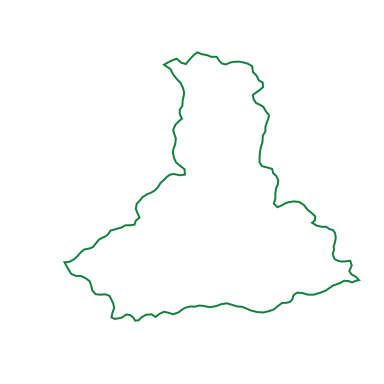 Mendes Pimentel, Minas Gerais, Brazil (Mercator projection), rotated 346°
{"feature_id": "56859067B15829263431037", "entity_name": "Mendes Pimentel", "entity_type": "district", "adm_level": 2, "iso_a3": "BRA", "parent_name": "Brazil", "parent_adm1": "Minas Gerais", "projection": "mercator", "projection_center": [-41.353, -18.606], "detail": "fine", "context": "isolated", "style": "outline", "palette": "green", "viewbox_px": 384, "rotation_deg": 346, "n_neighbors": 0, "source": "geoboundaries", "source_scale": "gbopen_adm2", "svg_char_len": 2812}
<svg xmlns="http://www.w3.org/2000/svg" viewBox="0 0 384 384"><g transform="rotate(346 192 192)"><path d="M332.7,317.9L330.6,314.1L326.8,310.5L325.5,306.7L329.2,302.0L328.9,297.0L323.8,296.4L320.3,295.6L317.2,294.3L314.1,291.4L313.4,286.4L315.8,282.5L316.3,279.0L318.8,274.9L320.5,270.8L320.9,266.5L319.7,263.2L316.5,261.3L313.7,258.2L309.4,257.1L304.9,254.8L301.1,250.9L304.3,249.3L305.7,245.6L303.2,241.6L299.8,237.1L297.4,231.6L293.4,227.5L288.7,225.8L283.6,225.3L279.9,225.5L275.8,226.7L271.2,227.4L268.6,223.1L271.3,218.5L272.7,213.0L274.8,208.2L277.1,205.5L278.5,201.7L277.7,196.9L275.3,193.3L275.3,189.0L270.9,186.4L266.2,183.9L264.7,179.5L265.9,174.9L267.6,169.7L269.5,165.5L272.4,160.7L274.4,154.4L277.7,151.2L279.1,146.4L281.4,142.6L283.6,139.7L285.3,136.1L283.2,131.6L281.8,126.5L278.5,123.4L275.7,121.2L274.3,117.1L274.4,112.7L278.2,111.0L282.0,109.6L286.2,107.5L287.1,102.9L283.8,99.8L282.9,95.1L280.2,90.3L280.8,84.4L277.0,80.8L273.3,78.8L269.3,76.9L265.1,76.0L260.4,75.6L255.9,76.4L252.2,74.6L250.4,71.7L248.6,66.8L243.2,65.4L240.3,63.2L234.8,60.6L231.0,57.8L227.7,59.1L224.5,61.0L220.8,63.5L217.0,66.4L212.8,63.9L209.4,59.0L205.6,59.3L201.1,60.2L195.6,61.8L198.2,64.7L200.9,67.6L201.9,72.5L204.3,78.3L207.4,83.4L208.4,89.0L208.4,93.9L207.0,97.2L205.3,100.4L203.4,106.2L200.0,109.2L199.0,113.3L200.0,118.4L195.4,120.7L192.0,122.9L188.7,127.3L188.9,132.6L189.3,136.1L187.3,141.5L184.0,146.4L182.9,150.0L182.9,155.2L183.7,159.4L186.6,163.4L190.3,168.2L189.3,173.4L184.2,172.8L178.6,170.1L174.4,169.9L171.3,171.3L168.1,173.2L163.8,175.5L159.9,179.3L156.1,181.6L151.9,182.8L147.9,183.3L142.6,185.1L138.5,188.2L135.4,190.2L133.4,195.0L134.1,199.8L134.8,204.2L130.5,206.3L128.3,209.8L124.3,209.4L119.4,208.2L115.0,209.4L108.7,209.6L103.7,209.7L101.0,212.1L97.9,214.0L94.2,214.6L90.2,215.7L86.2,218.7L82.8,221.4L79.0,222.0L73.7,221.7L69.3,223.7L65.9,226.2L61.5,228.7L55.7,230.2L51.3,229.3L52.8,235.2L55.0,242.3L59.2,245.4L63.9,246.6L68.0,250.0L71.1,253.8L71.5,258.7L71.5,263.4L73.7,267.8L78.3,269.5L83.1,270.3L86.8,272.8L87.8,276.9L88.6,281.4L88.4,285.8L85.8,289.6L83.5,294.2L86.5,296.5L92.9,297.0L98.7,295.0L102.0,296.3L104.6,299.6L105.8,303.1L109.1,303.6L112.6,301.5L117.6,300.0L123.2,300.9L126.3,304.4L131.2,302.3L136.0,301.4L140.1,303.6L144.0,306.1L149.9,305.5L153.1,304.0L157.7,302.6L163.0,302.7L167.3,304.0L171.9,304.0L176.0,305.5L181.1,308.0L187.8,308.6L192.7,307.9L198.8,308.4L204.0,311.4L208.2,314.0L212.5,315.3L216.3,318.0L220.3,321.1L226.3,324.3L232.3,326.2L237.9,326.2L242.9,325.8L247.9,323.4L252.6,321.4L256.4,322.3L260.3,322.4L263.3,320.5L265.5,316.7L269.8,315.1L274.5,316.7L279.8,319.7L285.4,321.1L292.7,320.7L298.3,319.9L302.7,318.2L306.3,316.8L310.1,316.6L314.1,316.1L318.1,314.9L322.1,316.2L325.5,318.5L329.1,317.8L332.7,317.9Z" fill="none" stroke="#15803d" stroke-width="2"/></g></svg>